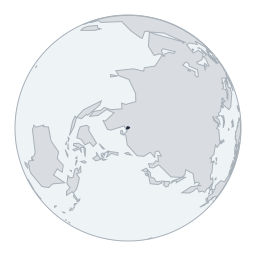 Lạng Sơn highlighted on a globe, orthographic projection, rotated 100°
{"feature_id": "VNM-454", "entity_name": "Lạng Sơn", "entity_type": "Province", "adm_level": 1, "iso_a3": "VNM", "parent_name": "Vietnam", "parent_adm1": "", "projection": "orthographic", "projection_center": [106.647, 21.903], "detail": "medium", "context": "on_globe", "style": "filled", "palette": "slate", "viewbox_px": 256, "rotation_deg": 100, "n_neighbors": 0, "source": "natural_earth", "source_scale": "10m", "svg_char_len": 10996}
<svg xmlns="http://www.w3.org/2000/svg" viewBox="0 0 256 256"><g transform="rotate(100 128 128)"><circle cx="128" cy="128" r="113" fill="#eef3f6" stroke="#a8b0b8"/><path d="M231.7,168.5L231.5,169.2L231.4,169.3L231.7,168.5ZM183.4,29.9L179.9,28.4L180.6,31.0L184.6,33.9L180.8,31.9L190.8,39.3L193.5,43.6L188.1,37.6L185.8,36.1L186.5,38.2L184.3,37.2L183.4,37.8L180.7,36.5L177.7,33.4L175.9,32.6L176.6,34.2L174.2,34.2L173.6,31.9L169.5,31.8L163.8,27.4L164.2,23.7L158.7,21.4L153.2,18.4L151.4,18.1L148.2,17.2L144.9,16.7L142.3,16.4L143.1,16.6L142.2,16.6L140.4,16.4L139.9,16.1L140.8,16.2L139.7,16.1L140.2,16.1L138.9,15.9L138.6,15.9L146.4,16.9L154.1,18.4L161.7,20.5L169.2,23.2L176.4,26.3L183.4,29.9ZM138.3,15.8L136.2,15.7L133.6,15.5L133.9,15.5L138.3,15.8ZM233.4,88.1L233.6,88.8L232.8,86.7L232.9,87.1L233.4,88.1ZM232.4,85.9L232.7,86.5L232.5,86.1L232.4,85.9ZM232.4,86.0L232.4,85.9L232.5,86.3L232.4,86.0ZM232.5,86.5L232.4,86.1L232.5,86.2L232.5,86.5ZM232.3,86.4L232.2,86.3L232.0,85.8L232.3,86.4ZM186.5,31.7L185.5,31.2L184.2,30.4L185.7,31.3L186.5,31.7ZM187.9,36.5L187.2,35.4L188.6,36.8L187.9,36.5ZM183.8,38.1L184.7,38.8L183.8,38.8L183.8,38.1ZM178.9,37.0L177.2,36.9L178.4,36.4L178.9,37.0ZM175.9,36.6L172.0,36.9L173.6,38.4L166.7,34.8L172.4,35.5L173.6,34.5L174.2,35.7L175.9,36.6ZM144.1,16.8L143.2,16.5L145.6,16.9L144.1,16.8ZM145.8,17.1L154.5,19.0L154.8,19.5L151.9,18.6L153.7,19.6L149.6,18.9L147.7,18.2L148.3,17.9L146.2,17.9L145.8,17.1ZM163.6,32.9L162.2,32.6L163.1,32.3L163.6,32.9ZM142.1,16.7L143.8,16.9L144.2,17.3L140.8,16.9L141.8,16.9L142.1,16.7ZM156.1,20.4L155.8,20.7L152.5,20.2L151.9,20.3L149.5,18.9L156.1,20.4ZM140.7,16.7L139.1,16.8L137.2,16.4L140.4,16.5L140.7,16.7ZM145.7,17.6L145.7,17.9L144.6,17.6L145.7,17.6ZM129.7,15.8L131.7,15.8L132.1,16.0L129.7,15.8ZM138.6,16.8L139.3,16.9L139.7,17.1L138.2,17.1L138.6,16.8ZM147.3,18.8L145.9,18.5L148.1,19.3L145.6,19.1L144.5,18.3L144.0,18.5L143.2,18.5L143.1,17.9L147.3,18.8ZM137.9,17.5L135.6,16.7L131.8,16.4L131.3,16.2L137.6,16.7L137.9,17.5ZM141.0,17.8L139.0,17.5L139.4,17.3L141.1,17.3L141.0,17.8ZM144.4,19.3L148.4,19.8L148.6,20.0L144.4,19.3ZM136.7,17.5L137.3,17.7L136.4,17.5L136.7,17.5ZM141.9,18.8L143.4,18.9L143.4,19.1L141.9,18.8ZM137.3,18.1L136.5,17.8L137.6,17.8L137.3,18.1ZM139.3,18.4L139.1,18.7L138.5,17.9L140.0,18.4L139.3,18.4ZM141.8,18.9L142.3,19.1L141.2,18.9L141.8,18.9ZM133.6,18.7L132.5,17.7L134.9,17.5L135.6,18.4L133.6,18.7ZM40.4,57.3L39.2,60.4L38.3,62.0L34.9,66.0L30.8,76.9L33.7,74.3L33.5,82.0L35.7,84.8L42.8,76.9L39.3,72.0L42.2,66.9L47.9,67.1L51.5,71.9L52.8,70.2L53.5,63.9L57.4,62.1L54.1,61.6L53.2,63.9L51.1,63.8L51.8,61.7L53.1,61.1L52.9,59.1L46.6,63.2L45.0,66.0L42.5,63.8L39.6,68.4L37.8,69.4L42.1,62.0L44.0,60.0L49.5,51.4L47.3,53.1L42.0,61.6L42.3,60.3L39.2,63.4L41.8,60.1L48.2,50.9L48.0,49.4L43.2,53.8L52.6,44.4L51.0,46.0L53.5,43.9L58.7,39.5L57.3,40.9L59.1,39.6L58.4,40.7L61.8,39.2L61.8,40.3L67.4,37.0L68.2,37.3L64.6,39.0L62.1,41.0L62.6,44.3L63.9,44.1L67.6,41.9L67.2,43.3L70.7,40.8L73.1,42.0L73.1,38.5L77.4,36.3L81.1,35.9L82.6,34.7L76.4,35.5L74.0,36.5L71.9,38.2L65.2,40.9L64.1,40.5L71.1,35.6L70.4,34.6L76.2,31.8L89.2,30.5L92.4,31.8L88.7,38.1L85.4,38.9L85.2,36.8L81.5,40.6L83.7,39.4L83.4,40.7L87.4,39.4L87.4,40.3L91.3,37.6L91.7,38.6L89.2,40.3L95.6,39.7L97.7,41.6L99.1,41.0L100.0,39.9L102.0,43.4L103.0,42.8L102.7,41.5L104.5,39.6L108.4,37.9L108.8,39.1L107.5,39.9L105.4,43.8L101.8,46.1L102.4,46.4L105.7,44.8L108.2,40.1L110.4,38.7L109.6,40.8L110.1,39.9L111.3,39.6L113.0,40.7L114.0,38.3L127.0,34.8L131.6,36.8L129.5,38.9L139.1,38.9L143.5,41.9L143.2,40.5L147.6,40.1L146.3,39.1L146.5,38.4L157.2,37.7L160.1,38.8L164.4,37.6L164.3,37.0L162.4,36.0L166.7,34.8L173.6,38.4L173.6,39.5L178.0,41.3L177.2,43.8L178.7,46.9L175.4,49.1L176.8,51.7L178.3,52.2L181.4,56.3L182.4,63.7L174.8,55.6L171.9,45.6L172.5,49.3L170.4,48.0L169.3,49.1L169.9,52.0L171.2,52.6L161.7,56.0L159.0,64.0L164.1,63.8L167.3,66.5L168.7,77.2L158.9,91.3L163.0,96.4L163.2,99.7L159.5,101.6L159.1,96.8L155.5,94.9L155.8,92.1L149.8,94.0L150.0,90.2L145.2,93.9L147.0,97.1L152.2,96.6L148.0,101.8L153.2,107.6L153.7,114.3L144.7,125.8L135.6,128.9L135.0,131.0L131.4,128.3L126.6,132.2L133.1,144.6L132.9,148.0L125.1,153.9L125.0,151.4L115.5,144.4L113.6,152.3L120.8,159.7L123.2,167.6L117.7,164.8L115.2,157.7L111.9,155.0L112.9,148.1L110.2,137.2L104.6,138.6L105.2,134.3L100.7,124.9L92.7,126.5L80.0,135.6L78.1,146.1L73.7,149.9L68.8,133.0L69.3,122.4L65.9,122.4L62.2,112.1L51.1,107.3L51.0,104.3L48.6,104.6L46.3,100.4L46.7,95.6L44.7,94.7L43.9,107.6L46.3,108.6L50.4,105.6L49.5,109.8L52.0,114.9L44.0,122.1L29.9,123.6L31.1,115.5L33.5,90.3L34.8,88.3L34.9,88.0L35.1,87.5L32.7,90.6L34.0,85.9L30.0,102.3L28.2,108.8L29.7,124.0L28.9,124.8L30.2,128.4L37.2,129.5L36.7,132.0L31.8,142.0L24.3,152.6L26.8,164.2L28.7,173.0L27.3,175.7L30.7,183.1L30.4,183.8L32.6,187.6L33.9,190.0L29.8,183.2L26.2,176.2L23.1,169.0L20.5,161.5L18.4,153.9L16.8,146.2L15.8,138.3L15.4,130.4L15.5,122.6L16.1,114.7L17.4,106.9L19.1,99.2L21.4,91.6L24.2,84.3L27.5,77.1L31.3,70.2L35.6,63.6L40.4,57.3ZM52.8,82.2L56.6,85.1L59.3,78.4L61.0,79.1L61.3,76.7L59.5,77.9L60.9,71.7L64.2,71.3L66.0,68.8L64.8,67.7L58.6,69.6L56.5,78.3L53.7,79.9L52.8,82.2ZM69.3,32.4L67.6,33.6L65.7,34.7L65.8,34.2L68.5,32.6L69.3,32.4ZM65.6,35.2L72.5,31.0L72.8,31.4L71.5,31.8L70.9,32.5L68.7,33.4L62.1,38.3L60.0,39.6L61.3,37.5L62.0,37.3L63.7,36.0L65.6,35.2ZM89.9,22.5L92.9,21.4L89.5,23.5L87.1,24.3L87.0,23.6L89.8,22.4L89.9,22.5ZM130.2,15.4L129.8,15.4L129.7,15.4L130.2,15.4ZM128.0,15.4L131.7,15.5L138.0,16.0L136.3,16.3L134.8,16.2L135.3,16.0L132.9,16.1L132.5,15.7L130.6,15.8L123.5,15.5L124.8,15.4L122.2,15.5L128.0,15.4ZM113.2,16.3L113.5,16.3L113.2,16.5L115.4,16.2L116.0,16.2L114.0,16.5L117.3,16.2L117.2,16.4L120.8,16.7L125.7,16.5L127.1,16.7L125.2,16.9L128.0,17.1L125.2,17.6L126.2,17.9L124.5,18.8L120.1,19.3L121.5,19.5L120.3,20.5L116.7,21.1L117.9,20.2L113.1,21.6L112.6,20.7L112.1,21.0L110.3,20.6L107.3,20.7L107.6,20.3L106.2,20.5L105.0,20.5L103.3,20.7L103.3,20.1L101.2,20.4L102.4,20.0L98.8,20.7L101.4,19.9L100.1,20.0L98.2,20.7L102.1,18.4L113.2,16.3ZM133.0,18.9L127.9,19.3L125.1,19.1L129.3,17.5L128.8,17.2L131.4,16.6L135.3,16.9L134.2,17.1L134.1,17.3L132.9,17.1L133.7,17.4L132.2,17.7L132.5,18.1L130.8,18.1L133.0,18.9ZM39.6,61.1L39.4,61.9L39.5,62.7L37.6,64.7L39.6,61.1ZM43.9,54.8L44.0,55.1L41.3,58.0L41.6,57.3L43.9,54.8ZM46.3,52.8L44.2,54.8L45.5,53.3L46.3,52.8ZM65.0,39.2L65.4,39.5L64.5,40.1L63.3,40.7L65.0,39.2ZM102.3,26.3L103.4,25.6L104.1,25.6L107.9,24.4L108.5,25.1L106.5,26.1L102.3,26.3ZM40.9,77.6L39.0,78.4L39.2,77.2L39.9,77.1L40.9,77.6ZM37.2,71.2L37.0,73.7L36.7,71.7L37.2,71.2ZM103.6,26.9L105.1,26.3L104.5,27.1L103.6,26.9ZM109.2,25.6L108.9,26.4L109.1,25.1L109.2,25.6ZM82.5,228.4L84.8,229.6L83.3,229.2L82.5,228.4ZM37.7,178.0L40.0,191.4L37.4,189.7L34.7,184.7L32.3,176.0L34.6,175.3L35.1,171.9L37.7,178.0ZM151.7,185.8L155.1,186.2L154.9,186.7L151.7,185.8ZM148.2,184.2L152.1,184.4L147.5,185.3L148.2,184.2ZM153.6,184.4L157.5,183.5L159.2,182.7L158.9,183.6L153.6,184.4ZM145.5,184.3L131.2,183.7L125.5,182.2L126.8,180.5L136.0,181.4L145.5,184.3ZM126.4,180.5L117.7,174.9L105.9,159.0L110.1,159.8L122.5,169.8L121.7,171.2L126.9,175.5L126.4,180.5ZM147.4,172.1L146.5,176.7L138.6,176.1L135.0,175.2L132.5,169.2L133.9,166.3L136.9,166.5L148.3,156.4L152.3,159.0L148.8,163.3L152.1,167.4L147.4,172.1ZM78.5,147.2L80.7,154.0L78.4,154.6L78.5,147.2ZM153.0,149.1L148.4,153.7L152.6,147.6L153.0,149.1ZM155.5,143.3L155.8,145.6L153.9,143.4L155.5,143.3ZM134.9,134.3L131.7,134.6L131.7,133.0L135.6,131.5L134.9,134.3ZM154.1,120.1L154.1,125.0L153.4,126.7L152.0,123.7L154.1,120.1ZM111.3,34.3L105.3,35.0L101.4,36.4L99.9,38.4L99.4,36.0L105.5,33.8L111.3,34.3ZM125.0,34.5L126.3,33.0L127.5,33.7L127.4,34.2L125.0,34.5ZM124.6,33.6L123.0,31.8L124.8,31.0L125.8,32.6L124.6,33.6ZM113.1,28.7L111.2,28.8L111.8,28.1L113.1,28.7ZM205.4,209.7L205.7,209.6L202.5,212.5L198.4,215.9L195.5,218.0L205.4,209.7ZM179.8,223.5L180.7,221.2L184.6,220.1L182.1,222.6L179.8,223.5ZM208.1,207.1L211.0,203.9L213.1,201.0L211.6,203.4L212.7,202.2L206.3,209.0L208.1,207.1ZM168.1,215.2L146.2,221.8L141.6,221.1L143.2,218.8L139.8,211.5L141.3,211.6L140.8,206.5L154.0,201.6L163.6,192.2L170.5,192.4L175.9,185.3L182.9,185.1L180.5,190.6L187.3,193.1L192.9,180.8L196.1,192.5L200.4,195.7L200.6,202.6L189.4,215.8L183.9,218.9L183.2,218.2L180.8,219.7L177.6,219.8L176.7,216.6L174.2,218.0L176.9,215.0L173.3,217.8L172.0,215.7L168.1,215.2ZM217.1,185.2L217.9,185.2L218.8,186.6L217.6,186.8L217.1,185.2ZM229.7,172.3L229.7,173.0L229.0,173.8L229.7,172.3ZM231.4,169.3L230.6,170.4L231.7,168.5L231.4,169.3ZM222.4,176.5L222.7,177.0L222.3,177.5L222.4,176.5ZM222.1,176.4L222.7,174.9L222.5,176.2L222.1,176.4ZM218.7,171.3L219.2,170.4L219.5,170.9L218.7,171.3ZM160.1,186.2L164.8,182.6L167.4,182.2L160.1,186.2ZM218.0,170.1L216.7,170.4L216.9,169.7L218.0,170.1ZM218.2,168.5L218.1,167.6L218.8,169.6L218.2,168.5ZM215.7,167.1L217.3,168.4L215.5,167.4L215.7,167.1ZM214.7,167.7L213.5,167.2L213.6,166.9L214.7,167.7ZM200.4,172.0L205.0,176.9L201.1,177.5L196.9,174.7L193.3,178.5L185.3,178.9L187.2,176.7L186.2,173.6L177.8,173.1L176.2,171.1L179.2,169.4L173.6,168.1L179.7,166.7L182.2,170.9L185.6,167.2L191.5,167.4L197.1,168.1L201.5,170.6L200.4,172.0ZM179.7,176.3L180.7,176.2L179.7,177.5L179.7,176.3ZM211.2,165.4L212.9,167.1L212.7,167.7L211.8,167.5L211.2,165.4ZM202.5,169.7L207.3,165.3L208.4,165.1L205.2,169.7L202.5,169.7ZM206.2,163.2L208.3,163.3L209.4,165.0L209.0,165.7L206.2,163.2ZM167.1,173.0L166.9,174.3L165.2,173.4L167.1,173.0ZM169.2,172.2L174.0,173.3L168.8,173.3L169.2,172.2ZM154.4,168.4L155.8,171.3L160.4,169.4L156.9,172.1L159.9,176.7L158.9,178.5L155.8,173.5L154.7,178.7L152.7,178.6L151.6,174.1L153.7,168.6L155.7,166.3L163.9,165.2L154.4,168.4ZM169.2,168.7L167.9,165.4L168.9,163.2L170.3,164.9L169.2,168.7ZM164.0,157.4L160.6,153.6L157.4,155.1L163.7,149.5L166.0,154.1L164.0,157.4ZM161.0,148.8L158.1,150.2L161.1,147.0L161.0,148.8ZM157.3,148.9L157.0,146.1L159.3,146.5L157.3,148.9ZM162.5,148.9L163.0,144.2L164.2,146.9L162.5,148.9ZM155.9,139.9L160.9,144.4L154.4,142.6L154.0,133.5L156.7,133.3L155.9,139.9ZM170.1,103.2L169.3,100.7L171.8,100.0L171.6,101.9L170.1,103.2ZM179.0,96.5L172.1,99.1L166.5,101.5L168.4,102.6L167.3,107.0L164.4,103.0L168.2,98.2L172.5,97.2L172.9,93.6L175.9,91.1L174.9,86.7L176.1,84.8L178.4,88.6L179.0,96.5ZM174.3,84.9L173.6,77.4L178.3,78.3L179.5,80.2L177.8,83.2L175.5,82.5L174.3,84.9ZM174.8,75.9L172.5,75.3L166.6,64.8L166.6,62.9L173.5,70.9L171.7,70.8L172.3,73.3L174.8,75.9ZM162.7,33.3L162.2,32.7L163.4,33.2L162.7,33.3ZM145.7,37.9L146.1,37.1L147.6,37.6L145.7,37.9ZM148.3,35.3L146.3,35.3L148.2,34.8L148.3,35.3ZM142.0,35.4L145.5,35.0L142.5,36.2L142.0,35.4Z" fill="#d9dde1" stroke="#a8b0b8" stroke-width="1"/><path d="M127.8,127.0L128.0,127.2L128.0,127.4L128.0,127.5L128.0,127.8L128.3,127.9L128.5,128.0L128.6,127.9L128.7,128.0L128.8,128.2L129.0,128.4L129.2,128.6L129.3,128.6L129.1,128.7L129.1,128.8L129.0,129.0L128.9,129.0L128.7,129.0L128.7,128.9L128.4,128.8L128.4,128.7L128.2,128.7L127.9,128.6L127.7,128.9L127.6,129.0L127.5,128.9L127.4,128.8L127.2,128.8L127.1,128.7L127.3,128.4L127.1,128.2L127.0,127.9L127.0,127.7L127.3,127.4L127.2,127.2L127.3,126.9L127.5,127.0L127.8,127.0Z" fill="#64748b" stroke="#1e293b" stroke-width="1.5"/></g></svg>